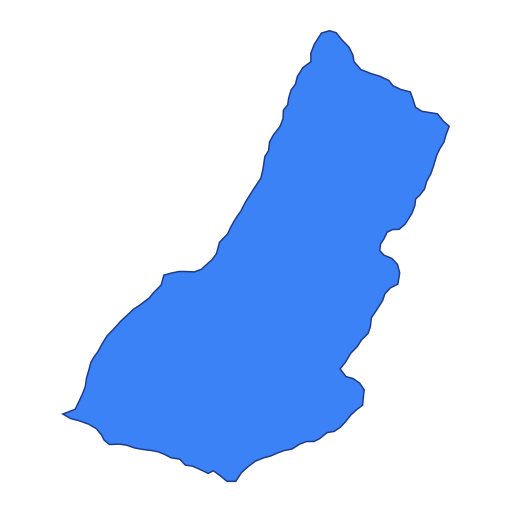 Guaimbê, São Paulo, Brazil (Albers equal-area conic projection)
{"feature_id": "56859067B16613468230330", "entity_name": "Guaimbê", "entity_type": "district", "adm_level": 2, "iso_a3": "BRA", "parent_name": "Brazil", "parent_adm1": "São Paulo", "projection": "albers", "projection_center": [-49.859, -21.865], "detail": "fine", "context": "isolated", "style": "filled", "palette": "blue", "viewbox_px": 512, "rotation_deg": 0, "n_neighbors": 0, "source": "geoboundaries", "source_scale": "gbopen_adm2", "svg_char_len": 2039}
<svg xmlns="http://www.w3.org/2000/svg" viewBox="0 0 512 512"><path d="M449.2,126.3L443.4,121.2L437.4,113.8L428.1,112.3L421.6,111.2L415.5,107.2L412.4,97.6L410.3,91.9L401.1,89.6L392.8,85.7L389.0,80.6L379.8,76.2L371.1,73.6L360.9,69.6L354.0,61.7L352.9,55.0L349.1,47.4L341.5,39.4L336.2,32.7L329.4,30.7L321.4,33.1L314.3,44.3L310.8,53.3L310.9,61.7L302.9,67.6L297.3,76.6L295.4,84.4L291.1,89.9L288.7,98.0L287.7,104.8L283.4,110.2L283.0,118.8L280.0,126.5L273.5,134.8L269.6,141.8L268.5,150.8L264.9,156.4L262.9,169.4L260.9,178.1L255.0,187.0L250.1,194.6L245.0,202.9L240.8,211.2L237.1,216.3L234.0,221.3L230.9,226.9L227.6,233.9L219.5,242.3L216.4,253.9L211.7,260.0L205.9,265.1L201.6,269.2L194.5,271.9L184.7,271.5L179.0,271.5L172.0,272.9L163.9,275.1L161.1,285.1L153.4,292.8L149.4,297.8L139.0,305.7L133.7,309.1L127.6,314.8L120.5,321.4L115.9,326.7L107.1,335.8L102.2,343.7L97.9,351.7L93.9,357.1L90.8,362.6L89.0,369.6L86.5,378.1L85.3,386.6L82.9,393.0L78.9,401.6L75.2,409.3L62.8,414.0L70.5,418.5L78.6,420.6L88.7,424.2L96.5,428.8L101.4,434.8L104.2,440.2L109.5,444.5L119.2,444.1L126.7,445.2L134.4,447.9L142.4,449.4L151.4,450.5L158.2,451.8L165.2,454.7L171.1,457.8L179.7,459.1L185.3,465.1L192.4,466.1L199.9,469.4L208.2,473.4L213.4,470.8L220.5,476.0L226.9,481.3L235.8,481.3L241.4,472.7L247.9,466.8L255.4,461.1L263.7,457.8L270.6,456.0L277.5,453.0L283.7,450.7L292.0,449.0L299.7,444.1L306.6,441.5L313.9,441.5L319.4,438.8L327.1,432.6L334.2,431.4L340.5,427.1L345.8,421.4L350.9,414.9L356.8,409.5L362.6,405.2L363.3,397.8L364.2,389.9L359.8,383.3L353.1,378.5L346.0,376.6L340.1,368.9L345.4,362.3L350.7,353.3L357.4,346.4L361.4,340.0L368.1,333.4L370.3,327.1L371.4,317.8L377.8,308.2L382.7,300.4L384.9,293.8L390.5,287.8L397.9,284.1L399.7,272.9L397.5,264.5L392.0,258.5L384.0,255.2L379.7,250.6L380.6,243.9L384.1,238.6L387.1,232.2L392.4,229.6L399.2,229.3L405.2,224.0L411.8,213.6L414.9,205.4L415.6,199.1L419.8,195.1L424.5,189.1L426.7,181.3L431.0,173.4L433.8,165.1L436.9,154.8L440.1,148.2L443.9,142.2L446.0,134.9L449.2,126.3Z" fill="#3b82f6" stroke="#1e3a8a" stroke-width="1.5"/></svg>